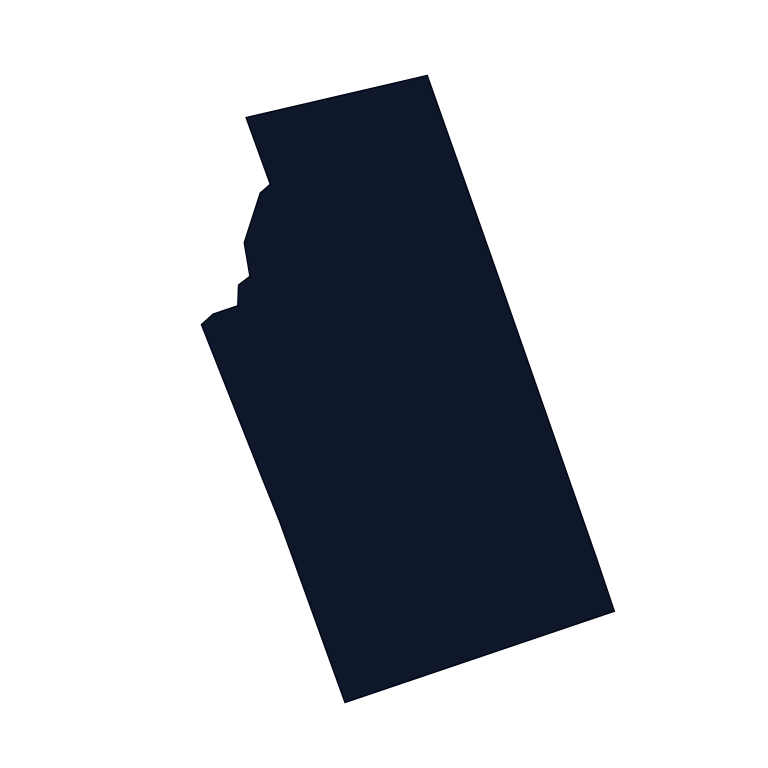 Pike, Ohio, United States of America, rotated 67°
{"feature_id": "52423323B24396319361709", "entity_name": "Pike", "entity_type": "district", "adm_level": 2, "iso_a3": "USA", "parent_name": "United States of America", "parent_adm1": "Ohio", "projection": "mercator", "projection_center": [-83.162, 39.073], "detail": "fine", "context": "isolated", "style": "filled", "palette": "ink", "viewbox_px": 768, "rotation_deg": 67, "n_neighbors": 0, "source": "geoboundaries", "source_scale": "gbopen_adm2", "svg_char_len": 372}
<svg xmlns="http://www.w3.org/2000/svg" viewBox="0 0 768 768"><g transform="rotate(67 384 384)"><path d="M84.9,406.8L155.8,410.6L159.9,423.3L199.4,457.4L232.5,465.3L236.1,479.2L254.9,488.0L252.9,513.9L258.0,528.8L426.0,532.9L469.6,533.7L661.9,544.3L683.1,260.8L628.7,256.6L324.9,236.6L116.9,223.7L84.9,406.8Z" fill="#0f172a" stroke="#020617" stroke-width="1.5"/></g></svg>